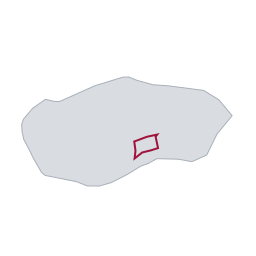 Umm Salal on a map of Qatar (Albers equal-area conic projection), rotated 78°
{"feature_id": "QAT-1107", "entity_name": "Umm Salal", "entity_type": "Municipality", "adm_level": 1, "iso_a3": "QAT", "parent_name": "Qatar", "parent_adm1": "", "projection": "albers", "projection_center": [51.351, 25.463], "detail": "fine", "context": "in_parent", "style": "outline", "palette": "rose", "viewbox_px": 256, "rotation_deg": 78, "n_neighbors": 0, "source": "natural_earth", "source_scale": "10m", "svg_char_len": 735}
<svg xmlns="http://www.w3.org/2000/svg" viewBox="0 0 256 256"><g transform="rotate(78 128 128)"><path d="M138.1,226.8L127.4,229.5L117.3,232.4L108.8,232.3L102.0,231.1L97.5,228.3L88.9,217.2L82.8,202.8L86.6,194.7L87.9,189.7L79.8,151.7L77.2,122.6L78.3,116.6L83.0,109.7L90.9,94.6L95.1,79.9L107.0,46.2L119.4,33.2L137.6,23.6L152.5,42.3L170.8,56.6L174.2,72.5L168.9,85.5L164.0,106.2L166.9,115.7L168.1,124.0L173.1,137.8L177.9,155.7L178.8,168.2L176.2,179.8L169.8,189.5L157.2,218.8L153.5,221.8L138.1,226.8Z" fill="#d9dde1" stroke="#a8b0b8" stroke-width="1"/><path d="M140.5,100.8L142.2,102.8L153.9,102.8L154.6,110.0L154.9,119.2L159.2,127.9L151.8,125.4L142.5,124.7L140.5,111.2L140.5,100.8Z" fill="none" stroke="#9f1239" stroke-width="2"/></g></svg>